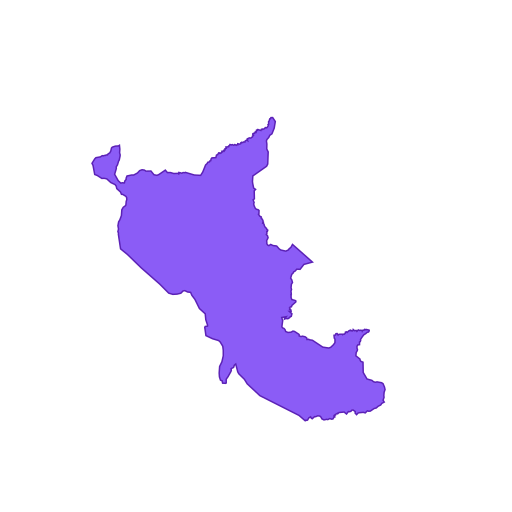 Kwahu West, Eastern, Ghana, rotated 214°
{"feature_id": "2480657B50723205918173", "entity_name": "Kwahu West", "entity_type": "district", "adm_level": 2, "iso_a3": "GHA", "parent_name": "Ghana", "parent_adm1": "Eastern", "projection": "orthographic", "projection_center": [-0.787, 6.491], "detail": "fine", "context": "isolated", "style": "filled", "palette": "violet", "viewbox_px": 512, "rotation_deg": 214, "n_neighbors": 0, "source": "geoboundaries", "source_scale": "gbopen_adm2", "svg_char_len": 6133}
<svg xmlns="http://www.w3.org/2000/svg" viewBox="0 0 512 512"><g transform="rotate(214 256 256)"><path d="M68.0,206.6L70.0,207.5L70.8,210.4L72.0,211.8L73.6,214.7L74.3,217.4L76.2,219.2L79.3,221.2L81.0,221.2L85.3,219.3L86.5,218.0L88.3,217.5L90.4,217.7L95.2,216.1L102.0,219.4L107.9,227.8L110.2,227.3L111.3,227.8L112.2,228.7L117.4,229.1L119.0,232.1L119.1,234.2L119.7,235.4L120.5,235.8L121.8,237.6L121.9,239.2L120.6,240.4L122.1,242.6L121.7,243.3L122.0,244.5L122.7,245.3L122.7,248.9L122.5,251.2L121.7,252.8L121.1,255.0L120.2,255.9L120.3,257.3L120.8,257.8L123.4,256.8L123.5,256.4L123.9,256.5L124.6,255.5L125.0,255.7L125.3,254.5L126.1,254.0L126.0,253.2L126.5,253.6L127.9,252.9L128.2,252.3L129.9,251.9L130.2,249.9L131.4,250.3L132.4,249.2L134.3,249.4L133.9,248.4L134.2,247.8L134.5,247.5L135.2,247.6L136.0,246.9L136.4,247.2L137.2,245.8L137.7,243.6L138.7,243.7L139.3,242.8L138.8,242.0L139.0,240.6L139.8,240.1L140.2,239.2L140.8,239.4L142.8,238.0L143.8,236.9L143.8,236.4L145.4,237.1L146.3,236.3L145.9,235.0L147.0,233.9L145.2,231.7L144.0,231.2L142.1,228.3L142.2,225.6L143.0,222.1L144.2,220.4L149.7,217.8L162.1,217.7L165.1,216.3L165.7,216.5L167.0,215.3L168.1,216.4L170.1,216.5L172.7,215.5L173.6,214.4L175.5,213.9L176.2,214.9L176.7,215.1L181.9,215.0L183.4,214.4L184.3,212.5L186.7,210.5L189.2,210.0L190.6,211.1L192.2,211.6L193.8,211.3L195.0,211.8L197.7,217.3L200.3,219.4L197.2,222.4L197.6,220.5L197.1,219.6L195.9,221.4L195.2,221.3L194.3,222.1L193.6,223.9L193.7,224.6L193.0,225.7L193.9,228.2L197.4,228.7L195.9,229.7L196.9,230.8L198.2,230.5L198.4,231.4L199.2,231.7L199.1,232.9L198.2,233.7L198.6,235.2L197.3,240.2L197.8,241.0L198.8,241.0L202.0,239.9L203.8,241.3L204.9,243.1L205.4,243.4L205.3,244.0L207.4,246.5L207.8,248.1L209.2,249.3L210.9,252.5L210.9,254.4L213.1,256.3L214.9,257.0L216.1,260.8L215.7,262.5L215.9,263.9L215.2,265.2L214.8,267.9L212.0,269.6L211.6,275.8L205.8,282.5L232.2,286.0L231.9,282.6L232.6,280.5L232.5,279.3L234.0,276.7L238.9,274.8L241.0,274.9L244.3,275.8L245.0,275.6L247.7,274.2L250.3,273.8L251.1,271.8L252.5,271.6L254.1,272.4L254.7,273.5L255.7,274.5L256.2,277.9L257.9,279.3L259.4,279.5L259.6,280.8L260.7,282.2L260.3,282.7L260.7,283.2L260.7,284.0L261.9,284.1L262.8,284.8L264.2,284.9L265.9,285.7L267.1,286.8L268.0,287.1L268.5,287.8L268.9,287.2L269.5,288.6L270.3,289.5L271.6,289.9L272.3,290.5L273.0,290.4L273.7,291.4L275.1,291.1L277.3,292.0L277.1,292.5L278.9,295.4L280.1,295.6L281.7,295.0L283.2,295.1L285.5,296.5L287.1,297.9L287.4,299.2L289.8,301.0L289.3,302.5L293.9,309.0L293.6,311.0L295.9,311.0L299.2,314.2L300.6,315.8L303.4,320.6L297.4,336.3L297.7,338.8L304.1,349.1L306.9,350.7L309.6,354.9L311.7,357.2L312.1,358.7L311.7,361.4L312.1,363.7L311.1,366.2L312.4,372.2L315.2,378.3L319.6,380.1L321.0,379.1L320.8,377.9L321.3,377.4L320.6,375.3L320.7,374.4L319.2,372.3L319.5,371.7L319.0,371.5L318.7,370.5L318.7,368.6L318.9,368.2L320.1,367.7L320.2,366.3L321.3,364.6L321.8,364.8L322.4,364.0L322.1,362.8L325.3,361.9L325.6,361.5L325.2,361.0L325.9,360.4L325.3,359.5L325.1,358.5L326.0,358.5L325.7,356.9L326.2,356.9L327.0,355.7L326.7,355.0L325.6,354.6L326.0,353.5L325.5,353.0L326.3,350.8L327.6,350.2L328.7,348.3L328.2,348.0L328.4,347.5L327.5,346.9L328.6,346.8L329.3,345.3L328.9,344.3L330.0,343.7L330.4,342.6L331.4,342.4L331.9,341.3L331.4,340.8L332.1,339.6L333.9,338.9L333.3,338.0L334.0,337.6L334.3,336.7L335.9,336.6L336.3,335.4L338.0,335.1L338.3,334.4L339.9,333.9L339.8,333.0L340.2,331.8L339.8,331.3L341.9,329.5L340.8,328.7L341.7,327.5L341.0,326.8L341.1,325.1L341.7,325.5L341.7,324.8L342.9,323.7L342.2,323.3L342.5,321.9L343.0,321.6L342.9,321.2L343.6,320.7L344.2,321.0L344.6,320.7L344.5,318.5L345.2,317.6L344.3,315.1L347.4,312.7L347.5,311.3L346.8,309.7L347.5,308.8L347.2,308.0L348.4,306.7L348.2,305.4L348.7,303.3L347.1,295.8L347.0,291.9L352.3,288.7L361.4,285.8L361.5,285.3L363.1,284.4L363.8,283.1L365.9,282.5L365.9,281.2L366.4,281.4L366.1,280.8L367.0,280.8L370.3,278.4L373.7,277.3L376.1,275.6L379.2,276.5L382.1,269.2L383.2,267.5L386.0,266.3L390.6,267.7L394.7,264.8L396.6,264.8L398.7,263.8L400.2,261.7L400.7,258.5L402.7,254.7L404.4,253.6L407.7,250.2L407.2,247.9L406.5,247.0L406.7,244.8L406.0,243.1L406.2,242.7L407.5,242.2L408.9,240.8L412.4,241.4L418.9,244.7L420.7,250.4L421.7,251.7L421.8,254.1L423.0,257.9L423.0,259.0L424.6,262.9L425.2,263.9L426.8,265.3L428.6,268.4L431.1,271.4L431.5,270.4L434.1,268.4L436.0,265.9L436.2,264.7L435.1,261.9L434.9,259.6L435.7,258.1L435.7,256.7L436.8,255.9L437.2,255.0L437.8,254.7L438.6,253.6L439.6,253.2L440.4,251.2L443.7,248.0L444.0,246.3L443.8,241.1L441.8,240.0L435.3,233.4L432.6,234.0L427.2,234.1L425.3,235.5L422.9,236.5L417.5,235.7L412.7,236.4L410.9,235.7L409.1,234.0L404.2,233.3L402.0,231.9L401.1,232.5L399.9,232.6L397.2,232.7L395.9,232.1L394.6,230.4L394.2,228.8L392.5,225.7L392.3,224.9L393.3,222.1L393.1,219.3L390.2,214.3L389.1,209.8L389.0,207.5L387.4,203.9L385.1,201.5L384.1,198.9L382.9,198.2L382.3,197.1L372.3,186.2L363.5,185.4L344.5,182.0L320.2,178.9L307.6,176.4L303.5,177.7L300.1,180.3L297.5,183.1L296.9,186.3L295.6,187.5L292.6,187.9L289.9,189.3L287.1,187.5L282.4,185.9L273.5,180.8L265.8,179.7L262.0,175.1L257.5,171.6L257.0,170.7L258.7,169.2L258.6,168.2L253.0,162.0L245.8,163.1L239.7,165.0L237.6,164.7L233.1,162.6L230.4,159.5L227.3,154.9L225.1,149.2L224.4,144.1L221.1,138.4L218.7,135.3L216.0,133.2L214.3,133.6L212.6,131.9L209.9,133.5L209.7,134.1L211.8,137.2L211.7,140.1L212.2,146.2L212.5,147.3L213.6,148.7L212.3,151.1L212.9,153.4L212.4,155.1L206.3,149.7L204.3,148.7L196.7,147.3L191.8,145.1L174.7,142.4L131.2,147.9L123.1,146.9L122.8,147.9L122.0,148.1L121.5,148.8L121.7,151.3L120.8,153.2L119.6,152.5L118.4,152.5L117.6,155.6L116.7,156.1L115.4,158.1L113.5,159.0L111.8,158.7L110.4,157.8L108.0,158.1L106.0,160.2L105.0,160.5L103.9,162.5L102.2,162.9L101.1,163.9L101.2,166.0L100.8,166.5L101.4,166.7L101.1,167.2L101.4,167.7L102.0,167.7L101.6,168.7L101.3,168.8L101.5,169.1L100.5,171.2L100.0,171.0L99.7,172.6L95.7,175.9L92.6,175.6L92.4,178.7L91.6,179.0L90.5,180.2L90.3,181.8L89.4,182.6L86.7,182.5L86.0,181.2L83.9,180.7L83.6,182.8L83.0,183.6L79.6,186.4L77.7,187.0L77.1,189.9L75.8,190.3L74.5,191.3L72.8,195.6L71.3,197.3L70.7,199.8L69.3,202.2L69.3,204.2L68.0,206.6Z" fill="#8b5cf6" stroke="#5b21b6" stroke-width="1.5"/></g></svg>